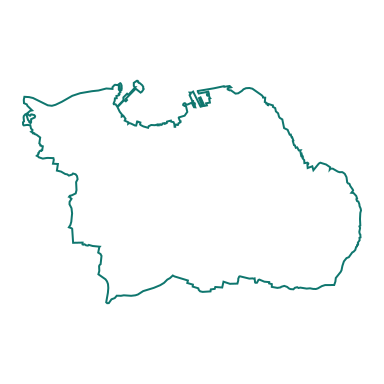 Kota Surabaya, Jawa Timur, Indonesia
{"feature_id": "22746128B68603538827891", "entity_name": "Kota Surabaya", "entity_type": "district", "adm_level": 2, "iso_a3": "IDN", "parent_name": "Indonesia", "parent_adm1": "Jawa Timur", "projection": "albers", "projection_center": [112.731, -7.274], "detail": "fine", "context": "isolated", "style": "outline", "palette": "teal", "viewbox_px": 384, "rotation_deg": 0, "n_neighbors": 0, "source": "geoboundaries", "source_scale": "gbopen_adm2", "svg_char_len": 5908}
<svg xmlns="http://www.w3.org/2000/svg" viewBox="0 0 384 384"><path d="M108.8,303.1L111.5,299.3L114.7,298.1L116.8,295.7L121.0,295.8L123.8,295.3L131.2,295.8L135.4,295.3L137.9,294.5L143.2,291.1L153.7,287.9L160.2,285.2L164.0,282.9L167.3,279.6L170.0,278.1L172.8,275.5L174.4,276.4L187.9,280.5L187.3,283.0L192.9,284.6L192.7,286.6L198.3,288.3L198.7,289.8L200.1,291.3L202.6,291.9L210.5,291.4L210.8,289.4L214.7,288.9L215.3,287.0L222.2,287.5L223.5,281.7L229.9,283.8L237.4,283.6L238.2,280.7L238.3,278.6L239.2,276.6L239.9,276.3L249.3,278.6L252.6,278.4L253.5,278.7L254.6,278.4L255.1,282.5L255.7,282.8L257.0,282.7L258.5,279.9L259.4,279.6L264.4,281.7L269.2,282.1L269.1,283.4L271.8,284.1L271.8,286.9L277.4,287.9L280.6,287.4L281.2,286.8L284.3,285.9L287.1,286.9L289.2,288.6L290.6,289.1L293.4,289.3L294.9,287.8L297.2,287.2L298.5,288.0L300.3,287.6L306.7,288.6L310.0,288.3L313.0,288.9L315.9,289.0L317.8,288.4L321.9,286.1L325.0,285.1L334.2,285.0L335.4,281.5L335.8,278.0L340.6,272.0L341.5,270.3L342.4,265.9L343.9,261.4L346.5,258.1L348.8,257.2L352.2,252.5L353.7,251.6L355.3,249.9L356.1,247.0L357.0,246.4L357.0,245.2L357.3,244.7L357.9,244.8L358.2,244.0L357.9,242.6L359.6,240.3L359.5,237.8L360.5,237.4L360.3,234.5L359.7,233.8L359.3,231.9L360.1,228.0L359.4,226.3L360.3,225.6L360.0,219.0L360.3,212.9L361.0,210.4L360.6,208.4L359.6,206.2L359.3,204.0L358.3,201.5L357.1,201.1L356.6,200.0L356.4,199.1L357.1,198.6L356.2,195.9L353.5,193.0L351.4,192.8L353.1,190.6L352.8,189.6L350.4,186.2L349.4,183.8L348.2,183.5L347.2,182.4L346.5,177.2L344.8,173.9L343.3,172.7L342.1,172.1L339.6,172.2L337.8,171.6L332.8,168.7L330.5,168.7L329.8,169.5L330.1,167.2L326.1,164.5L320.3,162.7L318.8,163.6L313.4,170.2L312.3,166.3L307.7,168.0L307.4,164.8L308.1,164.3L308.3,163.4L307.5,162.7L304.4,163.1L304.2,160.1L302.7,158.4L302.2,157.1L302.9,156.9L302.6,156.1L301.3,156.1L301.1,155.3L301.9,155.1L301.5,153.5L300.8,153.7L300.2,150.9L300.6,150.3L298.8,150.4L297.2,147.4L295.8,147.8L294.9,145.4L294.0,145.1L292.8,141.0L293.4,140.6L292.2,137.4L291.9,137.6L291.4,136.8L290.8,134.6L289.7,134.7L287.6,129.8L284.1,128.1L282.3,119.4L279.8,117.9L279.0,116.7L278.1,113.3L275.9,111.4L275.2,108.1L272.9,106.9L272.9,105.4L268.5,104.0L268.1,105.2L267.7,105.1L267.5,104.1L266.3,103.6L266.5,102.9L264.8,102.0L265.2,97.7L263.0,97.5L263.0,96.7L261.8,95.3L252.4,88.7L249.4,88.0L246.0,88.2L243.5,89.3L241.9,90.9L238.2,93.3L235.5,93.6L230.9,90.3L229.5,90.3L227.7,89.4L227.7,88.6L228.5,87.9L231.0,87.3L229.6,86.0L224.2,86.8L223.9,86.2L213.9,88.3L197.8,91.0L197.8,91.7L198.8,93.5L208.3,91.7L208.9,93.8L206.9,94.2L207.1,95.4L207.5,95.7L208.9,95.3L209.2,96.2L208.8,96.4L209.2,96.4L209.5,97.6L210.2,98.3L209.2,98.8L209.9,102.6L206.1,103.3L206.9,105.4L204.4,105.9L200.5,97.4L199.0,98.1L202.5,106.2L200.6,106.7L193.1,91.6L191.7,92.6L189.7,92.6L190.5,94.0L189.6,95.1L192.2,100.8L192.8,100.9L192.6,101.3L193.0,101.7L192.4,102.0L193.2,103.7L194.6,103.2L194.9,103.8L194.0,104.2L194.4,104.8L195.4,104.7L194.5,105.3L195.2,105.2L194.6,105.4L195.3,107.3L194.0,107.2L191.7,102.7L187.4,104.6L186.0,104.5L185.3,103.4L184.6,103.2L183.7,103.6L183.2,104.4L183.2,105.1L184.7,106.0L185.4,105.8L186.1,106.6L187.3,111.9L184.6,115.7L178.9,117.4L178.7,117.8L179.9,120.9L180.6,121.2L180.5,122.2L178.4,123.4L178.1,124.8L177.2,125.0L176.2,124.5L175.2,124.8L175.2,126.8L174.6,126.8L174.3,123.9L173.5,122.1L171.2,121.7L170.9,120.6L167.0,121.6L166.8,123.0L165.2,123.7L164.7,123.8L164.6,123.1L162.5,123.5L162.1,124.5L161.0,125.0L160.4,124.3L159.0,124.5L158.9,125.3L157.5,125.3L157.4,124.5L155.0,125.2L151.2,125.0L148.7,126.2L148.1,127.8L143.3,126.4L140.6,125.0L140.1,124.4L140.4,122.5L138.5,121.9L137.6,122.4L137.3,120.7L136.2,125.5L135.0,125.5L130.6,123.4L129.0,123.1L128.2,123.7L128.3,122.3L124.7,120.6L125.5,118.8L123.4,115.8L121.7,116.6L121.7,115.6L122.2,114.9L119.7,111.7L117.5,107.1L124.1,100.2L125.8,101.3L127.0,100.1L125.9,98.7L135.7,88.7L140.6,92.6L142.0,91.6L143.7,89.0L143.1,88.2L143.3,87.0L142.3,85.3L139.9,83.2L138.9,82.9L137.9,81.9L138.2,81.4L137.6,80.8L136.8,80.8L133.8,82.9L133.8,85.9L134.7,87.2L135.3,87.2L128.4,94.8L127.1,93.7L123.4,97.4L123.4,99.7L123.8,99.9L117.2,106.6L115.6,104.3L113.8,104.2L113.6,103.5L114.7,100.8L114.9,98.4L116.7,98.2L116.4,96.0L118.8,95.3L119.4,94.6L118.8,93.8L120.5,92.0L118.8,89.6L118.9,86.1L118.7,85.6L117.8,85.1L115.0,84.8L114.1,85.4L112.5,87.2L112.5,88.9L106.3,88.5L98.5,90.5L91.9,91.2L80.2,93.2L72.3,95.8L61.8,101.8L55.5,104.8L51.9,105.8L47.8,105.3L33.0,98.0L29.1,97.1L24.4,96.8L23.8,99.8L24.0,103.2L26.8,104.4L27.4,105.8L32.1,110.4L30.2,110.8L27.1,113.4L29.5,115.6L30.3,115.7L31.0,114.5L31.6,114.4L34.3,115.1L35.1,116.2L34.7,117.5L31.1,119.2L31.1,122.3L30.6,123.1L29.4,122.4L29.0,121.0L28.0,119.9L26.2,113.9L25.2,114.4L23.8,116.1L23.6,117.5L24.0,121.4L23.0,122.3L23.1,124.7L23.8,125.4L27.2,124.9L30.3,125.3L31.0,128.5L32.5,130.0L32.3,130.9L31.2,131.7L32.7,132.5L32.8,133.3L33.3,133.4L33.5,132.9L34.5,133.4L34.7,134.1L36.5,134.7L40.2,137.5L39.3,143.4L40.1,144.3L40.2,145.1L40.8,145.3L40.7,145.7L42.8,146.3L42.2,150.1L41.6,150.1L41.3,150.9L40.4,150.7L39.4,151.4L38.6,153.5L38.3,153.4L38.1,154.6L36.8,155.8L38.4,156.7L38.8,157.3L42.8,158.6L47.2,157.9L53.4,158.1L53.8,159.8L53.0,163.7L57.9,164.0L56.9,170.6L61.1,171.6L65.2,174.0L67.3,174.4L68.9,175.6L72.0,174.6L73.0,173.5L75.6,174.3L77.0,176.1L77.6,179.2L76.1,182.1L76.5,190.1L75.7,193.4L72.1,195.2L69.8,195.8L69.1,196.8L70.2,197.1L70.3,197.8L71.5,198.8L69.6,201.8L69.5,204.3L71.5,208.2L72.1,213.4L71.3,221.7L70.4,224.9L68.9,227.3L71.7,228.3L72.2,228.9L73.1,242.8L82.6,242.6L82.5,244.4L83.2,244.7L84.6,244.3L86.0,245.3L87.9,245.6L88.8,244.9L92.7,246.0L99.7,246.7L99.3,247.2L98.2,252.6L100.5,254.0L101.5,255.9L100.6,264.2L99.7,264.9L99.1,266.1L99.3,270.9L98.4,274.3L105.5,279.3L107.0,281.4L108.0,284.1L108.3,288.0L107.9,292.8L106.2,302.3L107.2,303.2L108.8,303.1ZM121.4,90.1L121.7,88.6L121.6,85.5L120.8,83.6L120.2,83.2L118.3,84.6L119.5,85.9L119.7,89.8L120.3,90.3L121.4,90.1Z" fill="none" stroke="#0f766e" stroke-width="2"/></svg>